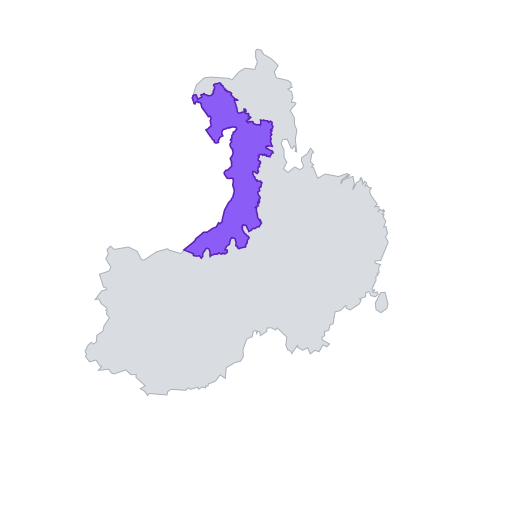 location of Inner Mongol within China, rotated 301°
{"feature_id": "CHN-1838", "entity_name": "Inner Mongol", "entity_type": "Autonomous Region", "adm_level": 1, "iso_a3": "CHN", "parent_name": "China", "parent_adm1": "", "projection": "albers", "projection_center": [116.94, 45.357], "detail": "fine", "context": "in_parent", "style": "filled", "palette": "violet", "viewbox_px": 512, "rotation_deg": 301, "n_neighbors": 0, "source": "natural_earth", "source_scale": "10m", "svg_char_len": 9800}
<svg xmlns="http://www.w3.org/2000/svg" viewBox="0 0 512 512"><g transform="rotate(301 256 256)"><path d="M268.2,369.2L258.2,364.5L257.8,360.4L259.9,358.5L252.8,356.5L248.8,352.6L237.5,357.1L235.3,354.9L229.9,356.6L226.4,353.6L223.2,355.9L220.1,354.5L218.3,355.9L218.4,364.4L214.7,363.4L214.2,359.0L206.5,359.5L205.5,355.1L200.0,352.9L203.9,347.5L199.3,344.6L199.1,339.0L200.7,337.6L190.7,336.9L192.4,334.8L191.8,331.5L195.1,327.4L202.4,324.2L205.3,311.3L202.7,310.9L202.3,306.0L199.9,302.5L196.9,304.1L189.9,300.7L192.7,298.6L192.3,296.2L189.9,296.6L192.1,294.5L190.2,292.4L184.9,294.3L180.1,290.8L169.0,293.1L163.4,296.9L158.0,297.0L153.9,292.9L144.9,288.0L135.3,292.7L135.5,286.4L127.9,285.8L121.8,281.1L119.8,281.8L118.5,279.7L117.0,280.8L115.9,277.2L112.2,275.4L113.3,273.5L108.0,268.6L108.1,266.0L104.6,264.8L98.1,252.0L94.1,250.1L91.1,251.3L83.1,235.3L80.5,234.9L82.8,230.2L82.6,225.2L87.7,227.9L90.1,215.7L92.6,214.4L89.8,209.7L91.4,203.2L81.8,195.0L81.2,192.5L83.1,188.0L76.8,179.9L81.9,180.6L81.6,178.4L84.4,172.6L79.6,167.9L82.1,161.5L84.1,161.5L86.5,158.5L92.8,158.0L97.2,159.2L96.6,161.8L100.2,163.4L106.0,160.4L112.7,163.5L117.8,161.7L127.6,162.2L129.4,157.5L132.1,157.0L131.9,155.3L134.5,155.5L135.5,147.6L138.3,143.4L135.8,140.6L146.7,141.7L150.3,145.3L151.7,143.3L150.8,141.3L159.7,131.2L167.4,137.7L171.6,137.4L176.5,128.5L181.4,128.5L184.7,125.0L189.5,126.2L188.6,131.1L198.0,142.0L198.8,151.8L194.2,159.1L194.5,162.0L208.2,168.5L216.8,176.6L216.2,178.4L219.4,190.3L248.6,198.4L251.9,202.2L260.5,207.0L265.3,206.8L265.0,208.5L267.8,209.5L279.2,205.4L294.5,205.8L301.0,203.7L304.9,199.4L310.5,196.8L307.8,191.3L311.0,185.8L320.5,188.9L326.2,183.9L332.5,183.4L337.5,176.8L341.8,176.2L342.3,174.3L355.7,173.4L354.7,169.5L348.0,162.9L344.1,163.0L341.8,165.7L338.6,164.0L334.0,165.4L332.0,161.8L338.3,148.1L344.5,150.6L351.6,146.0L351.0,143.3L355.3,133.5L358.5,129.4L357.9,125.6L354.8,124.5L359.2,119.8L371.8,116.8L382.0,119.9L386.0,125.0L394.4,141.4L394.6,144.7L405.2,146.6L411.4,149.9L415.3,158.8L423.1,157.2L426.1,153.4L431.6,150.0L433.8,150.5L435.2,154.6L432.8,158.6L433.0,167.3L430.7,177.0L423.4,176.8L419.2,181.5L422.9,193.0L422.4,197.0L418.9,199.0L419.8,200.4L415.5,197.3L415.0,201.9L411.0,205.9L405.8,207.1L407.7,209.9L407.1,211.8L398.3,210.3L394.6,217.3L388.3,221.6L384.9,226.2L376.3,229.6L366.2,237.2L365.8,235.7L369.3,234.0L370.0,231.7L366.7,231.9L366.5,230.6L372.2,222.6L369.4,218.9L365.4,219.7L361.4,225.3L354.8,229.4L352.4,234.1L344.9,234.6L344.1,240.4L352.3,243.3L352.6,249.0L354.8,250.5L357.8,250.3L360.9,245.9L364.0,244.6L369.8,247.3L376.5,247.3L374.7,252.0L372.0,251.2L364.8,254.2L363.9,258.3L360.9,257.8L361.6,259.5L354.5,268.8L362.0,273.2L366.6,285.8L373.7,291.5L373.4,293.1L364.5,290.3L361.2,291.8L365.9,291.2L374.2,298.1L367.8,303.7L364.6,303.9L362.8,305.1L370.4,304.3L376.5,307.4L372.5,310.6L375.9,310.4L375.7,313.2L372.3,313.4L374.0,314.7L372.7,317.2L373.8,319.9L370.4,319.8L367.6,322.4L362.8,333.4L359.4,332.3L361.7,335.8L358.6,338.0L356.2,337.6L359.8,338.4L360.0,343.1L356.6,342.8L357.5,344.4L355.1,344.7L352.8,349.3L346.5,350.5L348.2,352.2L342.9,357.3L339.4,356.9L335.9,362.2L316.5,365.2L312.8,360.5L311.3,361.9L312.8,367.2L309.1,367.2L305.0,370.2L303.3,368.6L302.7,370.4L299.9,369.4L297.0,371.4L287.4,372.4L285.1,375.2L287.7,378.6L286.3,380.2L282.6,379.4L281.2,375.1L283.7,371.0L280.9,369.1L277.4,370.8L272.5,366.7L272.5,368.8L268.2,369.2ZM288.6,381.6L291.3,385.4L282.8,393.9L278.2,395.2L271.7,392.2L272.0,386.4L277.2,382.5L288.6,381.6ZM374.2,294.7L371.7,294.4L369.5,292.5L371.2,292.8L374.2,294.7ZM377.9,305.7L376.0,306.3L375.6,305.3L377.9,305.7ZM361.6,341.5L360.6,342.8L360.7,341.2L361.6,341.5ZM286.2,374.9L288.2,374.4L287.9,375.3L286.2,374.9Z" fill="#d9dde1" stroke="#a8b0b8" stroke-width="1"/><path d="M334.0,165.4L332.2,163.6L331.9,161.8L333.5,160.9L333.5,158.6L334.8,156.7L334.8,155.8L338.3,148.1L340.2,149.4L342.4,149.8L344.3,150.7L348.4,147.0L350.7,146.7L351.9,145.8L352.0,143.8L351.1,143.7L350.9,143.4L351.4,143.0L351.6,141.7L352.7,140.6L352.7,139.2L353.8,137.8L354.0,137.0L353.9,136.7L354.1,136.6L354.1,136.2L354.6,135.7L354.5,135.3L354.8,135.2L355.4,133.0L357.3,131.2L358.1,130.9L358.4,130.2L358.3,129.8L358.7,129.2L358.5,128.2L357.8,127.4L358.2,125.8L356.9,125.1L355.0,125.5L354.8,125.3L354.8,124.2L355.9,123.3L358.6,119.9L360.3,119.8L361.0,119.4L362.4,120.1L362.6,120.8L363.1,121.1L363.3,121.8L360.4,125.4L363.1,126.8L363.8,127.7L364.7,127.5L365.6,125.8L366.3,126.1L367.1,127.3L368.4,127.6L368.5,128.1L367.9,128.7L368.7,130.9L368.5,131.9L369.2,133.0L369.5,133.9L370.6,134.9L371.1,134.9L371.6,135.2L372.5,135.1L373.4,135.7L374.1,135.4L374.5,134.6L376.0,134.4L377.1,134.7L377.5,134.0L378.5,134.1L379.3,133.7L380.6,131.6L381.7,131.8L382.5,132.3L383.8,134.1L385.4,135.2L385.8,136.2L385.6,137.1L385.4,137.0L384.9,138.0L384.5,138.2L384.8,138.6L384.9,139.9L383.9,140.8L383.4,142.8L382.6,143.7L382.9,144.0L382.5,144.1L382.8,144.4L382.3,144.9L382.7,145.5L382.4,146.0L382.6,146.2L382.7,147.2L382.2,147.3L382.9,148.1L382.8,148.4L383.1,149.0L383.1,150.7L382.7,151.5L381.3,151.3L381.1,151.8L381.1,152.3L380.3,155.0L380.3,155.8L380.0,156.5L380.1,158.0L380.4,159.1L380.2,160.0L379.7,159.6L379.0,158.3L378.8,157.2L378.4,156.9L375.2,161.0L373.8,162.0L373.4,163.1L370.1,165.6L369.4,167.3L370.4,168.9L371.6,169.5L373.3,171.4L374.0,171.6L375.0,170.4L375.4,170.5L375.6,171.0L375.9,171.0L376.0,170.5L376.2,170.8L376.3,171.2L375.9,172.0L375.2,172.9L373.1,173.0L373.1,174.6L374.2,176.0L373.9,176.8L372.2,177.2L372.3,179.7L371.9,180.3L370.8,179.6L370.2,178.5L369.3,179.6L367.9,178.4L366.7,178.2L366.5,178.3L366.8,179.1L366.0,180.4L366.6,180.9L367.6,180.8L367.9,181.2L368.0,182.0L368.8,182.6L369.3,183.4L369.5,184.4L368.5,185.1L368.3,185.6L368.7,188.7L370.2,190.8L370.3,192.5L372.8,191.4L374.9,189.8L375.1,190.8L375.9,192.2L376.6,192.6L376.4,193.5L377.9,196.3L377.8,196.9L377.3,196.9L377.0,198.1L379.1,198.9L378.8,201.1L376.7,202.0L376.3,202.5L376.1,203.4L375.7,203.8L374.0,204.3L371.7,203.5L371.6,203.9L372.1,204.8L371.9,205.1L371.2,205.3L369.8,204.7L369.1,205.2L368.9,206.3L368.0,207.0L367.4,207.0L366.9,206.4L365.9,206.7L363.9,208.9L363.2,208.5L361.6,209.7L360.8,209.9L360.6,210.9L359.9,211.4L358.8,212.8L358.6,213.6L358.2,213.5L358.1,212.3L356.7,210.2L356.9,209.6L355.7,209.3L355.3,208.4L354.9,208.1L354.6,208.6L353.9,208.9L353.3,209.7L354.1,210.6L353.8,213.1L354.4,215.7L354.2,216.4L353.5,217.2L353.5,216.8L351.3,216.7L350.9,216.4L350.3,216.7L348.9,216.6L348.2,216.9L348.0,216.0L347.8,215.8L347.9,214.9L347.4,214.7L346.9,213.5L347.1,213.1L347.5,213.5L347.8,213.2L347.9,212.5L347.6,212.2L347.6,210.9L347.3,210.8L347.1,211.2L346.7,211.2L346.5,210.0L345.8,209.7L346.2,209.2L346.0,208.4L344.7,207.0L344.7,206.6L343.5,207.0L343.1,206.5L342.4,207.8L340.6,207.7L339.3,208.3L338.9,209.0L339.3,209.9L339.1,210.6L339.3,211.0L338.7,211.6L337.6,212.1L337.2,211.8L336.7,211.9L336.2,211.4L334.3,213.1L333.6,212.1L333.2,212.0L330.0,213.7L329.8,213.9L330.0,214.5L329.4,214.8L327.2,214.5L327.2,213.0L327.5,212.6L327.1,210.2L326.9,209.9L326.5,210.2L325.3,210.3L324.5,211.6L323.3,212.6L323.0,214.6L322.0,215.0L321.4,215.9L321.3,216.9L321.7,217.3L321.7,217.9L321.1,218.0L321.0,218.5L320.7,218.5L321.8,219.9L322.0,220.7L322.6,221.4L321.8,222.2L322.0,223.3L319.6,223.8L318.1,224.6L317.3,224.6L316.7,223.7L315.9,223.8L315.1,224.2L314.2,225.4L313.6,225.6L311.7,224.6L310.9,225.0L309.7,226.7L308.5,229.2L307.9,229.7L307.3,229.9L306.9,229.6L305.5,229.4L305.2,230.4L304.7,231.0L303.6,231.0L303.2,231.4L302.8,231.0L303.5,229.8L302.8,229.8L301.6,230.6L300.3,232.2L299.5,231.2L298.4,231.5L297.7,230.5L297.1,230.4L297.3,231.7L295.9,232.4L295.0,233.3L294.0,233.6L293.1,235.3L292.1,235.5L291.5,236.5L290.5,237.0L289.6,238.0L288.9,239.6L289.3,240.7L288.6,241.9L288.0,241.3L287.6,241.6L287.2,243.7L282.4,243.6L282.0,242.3L278.8,240.9L278.4,239.6L277.5,238.9L276.8,239.0L275.4,238.6L273.3,237.2L274.5,236.0L275.1,234.5L277.2,231.8L276.3,230.2L276.3,228.8L275.3,228.7L274.5,229.2L273.2,229.0L273.0,230.1L271.9,230.3L269.6,234.4L269.3,236.8L268.6,237.7L268.9,238.9L268.5,240.4L267.4,240.9L265.7,240.5L264.9,240.6L263.7,241.0L262.8,241.7L259.8,241.5L258.9,242.3L258.2,242.3L255.0,238.7L253.5,237.8L253.5,236.6L253.6,235.8L254.6,235.6L254.4,233.3L257.4,232.0L258.9,230.1L259.6,229.8L260.0,229.2L260.1,228.6L259.4,226.7L259.6,225.9L257.6,225.6L255.8,225.9L252.4,227.2L249.0,225.7L245.3,226.2L246.3,228.1L244.7,229.4L243.2,229.1L241.7,228.2L241.9,227.8L241.2,226.7L241.4,226.1L240.4,226.0L239.5,224.8L239.6,222.5L237.7,222.0L237.6,221.4L236.8,220.8L236.7,220.1L236.4,219.6L234.8,218.5L233.9,217.5L232.0,217.0L233.5,215.7L235.5,214.9L236.3,213.7L237.7,212.4L237.9,211.4L237.4,209.9L235.7,209.3L234.0,209.4L232.0,209.0L229.8,209.5L228.2,210.6L225.9,210.2L227.1,207.5L225.3,205.2L224.2,202.4L224.3,201.9L225.7,201.1L224.1,191.0L236.9,195.8L240.2,195.6L246.9,198.2L248.7,198.5L249.8,199.3L250.5,200.9L251.2,201.9L257.0,204.4L260.4,207.0L265.3,206.8L265.1,208.6L267.3,209.0L267.8,209.5L269.3,208.5L279.2,205.4L287.7,205.0L291.3,205.9L292.3,205.6L295.4,205.8L296.5,205.1L298.9,204.6L301.0,203.7L304.7,199.6L308.3,198.3L309.4,197.1L310.5,196.9L310.6,196.2L310.1,194.9L308.5,193.0L307.8,191.1L310.0,186.5L311.3,185.7L313.9,186.0L314.8,187.2L315.7,187.7L320.6,188.9L322.2,187.6L323.4,187.2L325.3,185.4L326.0,183.9L327.0,183.6L328.3,184.0L330.5,183.9L332.4,183.5L334.3,181.7L335.3,181.4L335.7,180.7L335.5,179.8L336.3,178.2L337.5,176.7L338.9,176.0L341.8,176.2L342.2,174.8L342.1,174.5L343.1,174.2L343.6,174.9L344.3,174.9L344.9,174.2L346.9,173.2L349.4,173.5L350.1,172.8L350.4,173.2L350.8,173.0L351.3,173.6L354.7,174.1L355.7,173.5L355.9,173.0L355.8,171.5L355.1,170.8L354.7,169.5L352.3,167.5L352.5,167.0L351.5,166.6L351.2,165.5L349.5,164.8L347.8,162.9L346.3,162.6L344.0,162.9L341.9,165.7L340.3,164.4L339.0,163.9L337.2,164.2L335.8,164.0L335.0,164.4L334.0,165.4Z" fill="#8b5cf6" stroke="#5b21b6" stroke-width="1.5"/></g></svg>